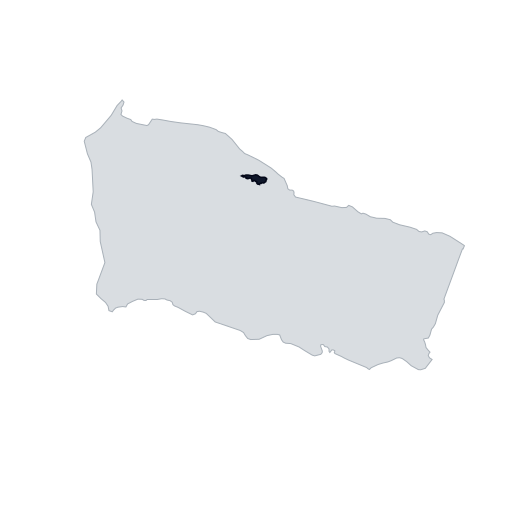 Berekum East Municipal, Brong Ahafo, Ghana shown in context, rotated 111°
{"feature_id": "2480657B78254100433505", "entity_name": "Berekum East Municipal", "entity_type": "district", "adm_level": 2, "iso_a3": "GHA", "parent_name": "Ghana", "parent_adm1": "Brong Ahafo", "projection": "equal_earth", "projection_center": [-2.534, 7.485], "detail": "fine", "context": "in_parent", "style": "filled", "palette": "ink", "viewbox_px": 512, "rotation_deg": 111, "n_neighbors": 0, "source": "geoboundaries", "source_scale": "gbopen_adm2", "svg_char_len": 5038}
<svg xmlns="http://www.w3.org/2000/svg" viewBox="0 0 512 512"><g transform="rotate(111 256 256)"><path d="M300.2,57.7L303.2,61.5L303.9,63.7L302.8,71.8L300.6,77.5L299.3,82.8L299.5,85.5L300.8,88.1L305.3,92.3L307.7,95.0L310.4,99.1L313.6,103.2L319.0,108.4L321.3,109.4L321.2,110.8L320.5,112.8L320.0,132.4L319.6,137.4L319.2,140.0L318.8,147.3L318.2,148.3L317.2,148.2L316.2,148.5L316.0,150.0L316.4,151.5L319.6,152.5L318.9,153.6L316.5,154.6L315.4,156.8L315.9,159.3L314.6,161.3L315.0,162.7L315.8,163.7L317.2,163.3L321.0,160.0L322.6,159.6L324.6,160.3L328.2,165.4L328.4,168.0L326.9,176.6L325.5,183.2L325.3,192.1L326.8,197.1L326.6,199.8L325.0,202.2L321.2,205.6L321.5,207.9L323.2,212.3L326.4,217.2L332.6,223.2L335.9,231.0L336.0,234.2L334.1,237.4L331.9,240.2L331.2,244.2L332.2,270.5L327.4,281.9L327.3,285.1L327.8,288.9L329.1,291.2L331.6,291.8L333.7,294.1L333.0,302.1L331.9,310.2L331.8,314.2L331.2,316.1L329.2,317.6L328.5,320.2L329.0,323.4L328.7,325.7L329.7,328.8L332.0,332.6L335.6,342.0L337.0,342.8L337.6,344.7L337.2,346.7L338.6,350.8L342.6,355.0L346.8,358.7L350.2,359.2L351.0,362.4L353.3,366.6L354.9,368.4L357.5,369.6L359.6,370.2L359.7,373.7L355.9,376.1L353.3,379.8L351.4,385.3L348.7,391.4L339.3,394.5L335.7,394.5L316.3,394.7L298.3,406.6L287.9,410.9L281.5,417.6L272.9,422.4L266.8,428.2L254.4,431.0L233.9,440.1L227.5,443.7L221.0,450.0L210.4,457.5L206.3,457.4L198.0,450.4L191.8,446.9L176.6,441.6L165.3,439.6L159.8,437.3L158.3,436.9L159.6,434.4L162.7,434.2L166.1,435.0L168.6,433.1L172.3,432.8L173.2,430.8L173.6,425.8L173.5,421.8L174.8,420.0L175.1,415.2L173.3,404.6L172.0,403.4L165.4,401.9L164.9,399.8L163.7,397.6L162.5,392.1L161.0,384.0L158.7,374.0L154.3,357.4L153.2,351.6L152.4,345.6L152.3,338.5L153.2,335.8L153.0,332.1L152.6,328.5L155.8,320.1L161.9,309.7L163.2,306.0L164.4,303.4L164.5,299.7L165.6,287.7L168.5,273.2L170.4,267.7L171.6,264.8L173.1,259.9L173.5,257.6L179.2,252.0L181.8,250.4L182.4,248.2L181.5,245.7L181.9,244.1L183.2,243.2L185.3,242.6L186.8,240.2L184.4,222.3L182.5,204.5L182.4,203.0L181.2,200.6L180.1,193.2L178.2,188.9L175.5,187.6L175.6,183.6L178.2,176.7L178.9,172.7L177.7,171.5L177.5,168.4L178.4,163.3L177.9,160.2L177.5,156.9L174.7,149.1L174.0,143.6L175.4,140.4L175.4,133.3L173.9,122.5L173.6,115.6L174.7,112.7L174.2,110.0L172.1,107.4L172.0,104.9L173.7,102.5L173.5,100.5L171.4,99.1L169.4,95.8L167.7,90.5L168.1,82.0L171.3,66.4L171.7,65.1L175.3,65.2L175.4,65.8L186.6,65.7L199.5,65.5L215.0,65.3L229.0,65.1L229.6,64.4L231.9,63.5L246.1,65.1L254.9,64.3L258.7,64.9L261.4,65.9L267.5,65.3L270.8,65.7L273.2,69.6L274.2,69.5L275.6,67.9L278.0,66.0L280.5,64.5L282.3,61.4L283.4,59.1L285.0,59.6L287.3,59.5L288.9,57.5L289.5,54.5L300.2,57.7Z" fill="#d9dde1" stroke="#a8b0b8" stroke-width="1"/><path d="M186.4,298.1L186.4,297.9L186.5,297.9L186.5,297.7L186.6,297.4L186.6,297.2L186.6,296.9L186.6,296.7L186.7,296.4L186.8,296.3L186.8,296.2L186.7,296.0L186.7,295.9L186.4,295.8L186.3,295.7L186.2,295.7L186.2,295.4L186.3,295.2L186.3,294.9L186.2,294.6L186.1,294.4L186.2,293.9L186.2,293.7L186.2,293.3L186.1,293.2L186.2,292.9L186.3,293.0L186.7,293.3L186.8,293.3L186.9,293.2L187.0,293.1L187.0,292.9L187.0,292.7L186.9,292.6L186.9,292.4L186.9,292.2L186.9,291.9L186.8,291.6L186.8,291.4L186.7,291.2L186.5,290.9L186.4,290.8L186.3,290.7L186.2,290.6L186.0,290.3L185.7,290.2L185.6,289.9L185.5,289.7L185.4,289.6L185.4,289.4L185.3,289.2L185.2,289.0L185.2,288.9L185.2,288.7L185.1,288.4L185.3,288.2L185.5,288.0L185.6,287.8L185.8,287.8L185.9,287.7L186.0,287.7L186.3,287.5L186.4,287.4L186.5,287.0L187.0,286.8L187.5,286.6L187.4,285.6L186.0,285.0L185.9,284.2L186.0,284.2L186.1,283.9L186.2,283.7L186.3,283.5L186.5,283.5L186.6,283.2L186.4,282.9L186.4,282.7L186.3,282.4L186.3,282.2L186.4,281.9L186.5,281.8L186.6,281.6L186.8,281.5L187.1,281.4L187.2,281.5L187.3,281.5L187.3,281.4L187.5,281.2L187.8,281.2L188.0,280.9L188.2,280.6L188.2,280.4L188.3,280.2L188.2,279.8L188.2,279.5L188.1,279.4L188.0,279.2L188.0,278.9L187.9,279.0L187.7,279.0L187.5,278.8L187.5,278.7L187.4,278.6L187.2,278.3L187.2,278.2L186.9,278.1L186.7,278.0L186.6,277.9L186.5,277.4L186.4,277.3L186.4,277.2L186.2,277.1L185.9,277.2L185.7,277.1L185.6,276.9L185.6,276.7L185.5,276.4L185.4,276.4L185.4,276.2L185.3,275.9L185.2,275.9L185.1,275.6L185.1,275.4L185.1,275.2L185.1,274.9L184.8,274.6L184.5,274.6L184.3,274.6L184.2,274.5L184.2,274.4L183.9,274.2L183.6,273.9L183.4,273.7L183.1,273.5L182.9,273.5L182.7,273.6L182.4,273.6L182.2,273.7L182.1,273.8L181.9,273.8L181.8,273.7L181.6,273.7L181.4,273.8L181.2,273.8L181.1,273.7L180.9,273.8L180.8,273.7L180.6,273.8L180.5,273.7L180.3,273.6L180.2,273.7L180.1,273.8L179.8,273.9L179.7,274.2L179.7,274.3L179.7,274.6L179.7,274.8L179.6,275.1L179.5,275.5L179.4,275.6L179.4,275.8L179.6,276.8L180.0,277.6L180.4,278.8L180.9,279.6L180.6,282.0L180.3,282.6L180.0,283.8L180.3,285.4L181.2,286.6L182.1,287.8L182.6,288.6L182.7,289.3L182.9,290.4L183.1,291.7L183.3,292.7L183.7,293.1L183.7,293.7L184.2,294.7L184.8,295.2L185.0,295.6L185.3,296.4L185.4,297.0L185.4,297.3L185.5,297.4L185.7,297.5L185.8,297.8L186.0,297.9L186.2,298.0L186.3,298.0L186.4,298.1Z" fill="#0f172a" stroke="#020617" stroke-width="1.5"/></g></svg>